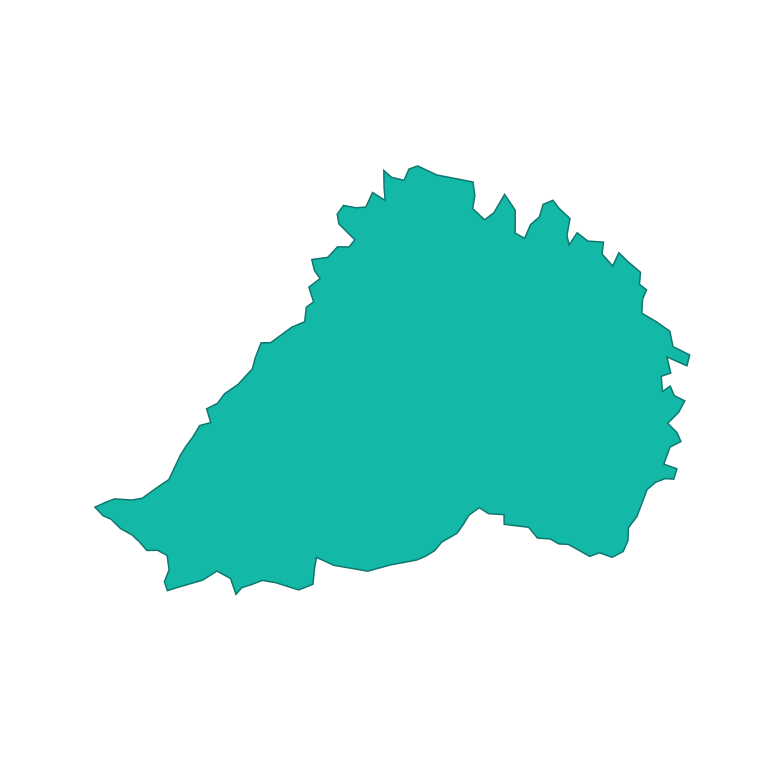 outline of Bom Jesus do Sul, Paraná, Brazil, rotated 350°
{"feature_id": "56859067B42823585611232", "entity_name": "Bom Jesus do Sul", "entity_type": "district", "adm_level": 2, "iso_a3": "BRA", "parent_name": "Brazil", "parent_adm1": "Paraná", "projection": "albers", "projection_center": [-53.552, -26.155], "detail": "fine", "context": "isolated", "style": "filled", "palette": "teal", "viewbox_px": 768, "rotation_deg": 350, "n_neighbors": 0, "source": "geoboundaries", "source_scale": "gbopen_adm2", "svg_char_len": 1953}
<svg xmlns="http://www.w3.org/2000/svg" viewBox="0 0 768 768"><g transform="rotate(350 384 384)"><path d="M652.9,528.0L657.7,518.4L645.7,511.5L654.7,495.8L666.4,492.2L664.1,482.6L656.5,472.0L669.2,463.1L677.3,452.9L667.8,445.8L665.5,435.8L657.0,439.7L658.3,424.6L668.3,423.0L667.3,406.5L685.5,418.7L690.1,408.5L675.1,397.4L674.7,381.7L662.5,369.5L650.2,359.1L653.4,345.3L658.9,336.9L652.9,330.2L656.0,318.6L645.3,305.6L638.1,295.5L629.7,307.5L621.3,293.8L624.8,282.4L609.5,278.6L600.5,268.6L590.4,279.2L590.0,269.2L595.9,253.4L586.9,241.4L582.3,232.4L571.9,234.7L566.0,246.5L556.0,252.4L547.8,265.0L539.4,258.1L543.4,235.7L535.7,218.2L522.1,234.3L511.6,239.8L501.8,226.7L506.2,214.1L506.7,200.5L472.3,187.3L455.0,175.1L445.9,176.7L439.1,186.9L427.4,181.8L420.9,173.7L418.2,190.5L417.0,203.4L406.0,193.4L396.8,206.6L387.0,205.6L375.1,201.1L367.4,208.6L367.4,218.6L380.3,236.9L373.4,243.0L362.1,240.8L350.6,249.5L334.5,248.9L335.2,260.1L339.3,269.1L326.8,275.6L328.9,290.8L320.8,294.9L316.7,308.9L303.1,312.0L279.6,323.6L270.1,322.1L261.8,335.8L256.9,346.3L240.1,359.1L225.3,365.9L216.6,374.2L205.0,377.6L206.7,391.9L195.3,392.9L186.6,402.9L178.5,410.6L171.3,418.5L155.6,440.7L142.0,446.8L126.1,454.5L115.5,454.5L98.9,450.4L89.9,452.0L77.9,455.1L84.5,465.0L91.7,469.7L99.5,480.7L109.4,488.7L115.6,496.8L121.6,506.8L132.0,508.4L140.6,515.1L140.1,529.6L133.4,540.6L134.8,549.9L147.0,548.3L171.4,545.7L186.9,539.2L199.1,548.9L201.7,565.4L208.6,559.9L219.9,558.3L230.0,556.3L242.7,560.8L264.2,572.0L279.2,568.9L283.8,552.7L287.5,543.1L303.2,553.9L335.5,565.5L358.9,563.3L385.6,563.0L395.1,560.8L405.0,556.9L413.3,549.8L430.0,543.7L437.6,536.2L444.9,527.9L456.3,522.4L464.5,529.9L479.5,533.5L478.0,543.1L501.5,550.2L508.4,562.4L520.9,565.5L528.3,571.8L537.7,574.0L556.7,589.5L566.8,587.6L578.6,594.3L590.4,590.5L597.1,580.5L599.8,567.9L610.2,558.3L624.7,533.7L634.2,528.0L644.3,526.0L652.9,528.0Z" fill="#14b8a6" stroke="#0f766e" stroke-width="1.5"/></g></svg>